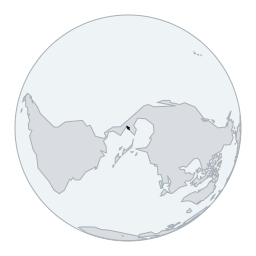 Cayo highlighted on a globe, orthographic projection, rotated 118°
{"feature_id": "BLZ-1324", "entity_name": "Cayo", "entity_type": "District", "adm_level": 1, "iso_a3": "BLZ", "parent_name": "Belize", "parent_adm1": "", "projection": "orthographic", "projection_center": [-88.805, 16.941], "detail": "fine", "context": "on_globe", "style": "filled", "palette": "ink", "viewbox_px": 256, "rotation_deg": 118, "n_neighbors": 0, "source": "natural_earth", "source_scale": "10m", "svg_char_len": 8572}
<svg xmlns="http://www.w3.org/2000/svg" viewBox="0 0 256 256"><g transform="rotate(118 128 128)"><circle cx="128" cy="128" r="113" fill="#eef3f6" stroke="#a8b0b8"/><path d="M148.5,144.3L145.9,143.3L143.4,146.7L134.1,141.7L130.5,135.2L100.9,124.3L97.6,120.8L97.2,115.2L86.1,96.3L91.5,113.8L87.4,110.3L83.9,103.9L85.6,102.5L83.0,93.4L79.1,89.8L78.0,78.6L84.0,65.4L85.4,67.6L86.6,64.5L85.0,61.7L83.6,60.7L85.7,48.7L81.4,42.3L76.6,43.2L80.3,40.9L68.9,45.1L64.4,45.0L71.6,43.4L74.0,42.0L71.9,40.9L73.9,39.3L74.1,38.0L76.6,36.3L80.7,35.8L82.4,34.8L80.8,34.2L82.4,32.3L84.4,33.4L87.4,30.4L94.7,29.9L98.0,35.4L104.1,34.9L113.1,40.4L114.4,38.9L118.6,40.5L121.7,39.5L122.5,41.2L124.2,39.0L122.9,37.8L123.2,36.5L124.9,35.9L126.2,37.7L125.5,38.3L126.8,38.6L126.7,39.8L127.7,38.9L129.1,41.4L130.2,38.1L133.4,39.5L133.7,41.4L130.4,42.2L122.8,49.7L122.0,52.5L124.3,55.3L135.3,58.2L135.8,61.1L138.9,64.3L140.1,62.1L138.2,58.8L141.2,55.8L138.4,52.6L139.2,51.0L137.7,47.6L141.5,47.1L145.9,48.7L147.4,51.6L149.4,52.5L150.9,49.2L156.4,54.5L164.7,58.1L165.8,59.8L162.7,63.6L155.5,64.6L151.4,70.8L157.6,66.0L160.1,70.9L162.0,71.5L163.9,70.9L164.4,68.9L166.0,70.6L160.5,75.6L158.9,74.1L160.7,72.5L157.3,73.1L153.6,77.2L155.2,79.6L148.0,84.1L149.0,86.0L148.0,88.3L146.8,84.8L148.7,91.4L140.5,99.6L142.9,111.5L136.7,102.6L132.1,101.8L126.7,102.2L127.0,104.2L119.4,103.0L113.1,107.3L111.6,116.8L114.8,124.1L123.2,124.2L125.3,120.0L131.2,118.9L127.8,130.1L138.2,131.1L137.6,139.3L140.8,143.4L145.8,142.0L151.1,143.6L154.6,138.6L160.3,135.4L160.7,142.0L163.6,135.7L167.0,138.5L178.1,136.7L177.4,138.3L186.8,144.6L196.4,146.1L198.6,150.3L197.5,153.4L200.7,153.5L200.7,155.4L212.7,155.0L218.2,157.7L217.6,164.1L212.2,172.8L205.5,188.7L195.2,195.8L191.4,201.8L181.3,211.1L175.3,211.6L175.8,215.0L171.4,217.7L167.1,218.4L165.3,221.0L162.1,221.4L163.5,222.7L156.9,226.3L157.2,228.4L152.0,231.0L152.3,232.1L150.8,232.2L149.0,232.8L148.3,233.4L144.5,232.7L145.0,230.0L147.5,228.4L145.6,228.3L151.1,223.9L148.5,225.0L151.6,218.3L156.4,212.2L161.9,193.7L160.0,190.1L152.1,186.2L142.7,171.9L145.7,165.4L143.4,162.5L150.7,152.8L148.5,144.3ZM30.0,105.3L30.7,102.7L31.0,104.6L30.0,105.3ZM30.6,100.9L30.5,101.8L30.5,101.0L30.6,100.9ZM30.3,100.2L30.6,100.7L30.2,100.4L30.3,100.2ZM29.8,99.6L30.1,99.9L29.8,99.6ZM142.8,115.6L154.7,120.4L148.3,121.7L149.4,120.5L146.3,118.4L140.7,116.6L135.0,118.2L142.8,115.6ZM29.4,97.9L29.3,97.4L29.7,97.4L29.4,97.9ZM147.2,108.6L145.2,108.3L147.1,108.1L147.2,108.6ZM82.6,60.5L84.7,61.9L85.5,65.2L83.5,64.2L82.6,60.5ZM81.5,54.8L83.0,54.8L81.5,57.8L81.1,56.8L81.5,54.8ZM72.7,44.4L74.0,44.9L72.1,45.0L72.7,44.4ZM73.6,38.1L72.6,38.5L73.1,37.7L73.6,38.1ZM135.8,48.1L136.7,47.8L136.5,48.6L135.8,48.1ZM134.2,46.9L133.3,48.0L132.4,47.6L133.0,46.9L134.2,46.9ZM77.5,34.4L78.6,33.1L78.2,34.3L77.5,34.4ZM135.5,45.7L130.9,46.8L129.4,46.2L130.4,43.2L135.5,45.7ZM79.7,32.3L82.4,29.5L80.4,30.1L87.6,27.2L82.9,30.3L82.7,31.6L81.5,31.5L79.7,32.3ZM121.7,37.7L123.2,39.0L120.4,38.5L121.7,37.7ZM119.9,37.7L110.9,38.6L109.6,36.7L112.8,36.6L109.9,34.7L113.6,33.2L116.1,33.9L116.2,35.5L117.6,33.8L119.9,37.7ZM91.1,26.2L92.4,25.6L91.8,26.2L91.1,26.2ZM123.1,36.0L121.4,36.2L120.1,34.5L123.3,33.6L122.7,34.4L123.1,36.0ZM107.2,35.1L106.8,33.7L109.8,32.1L110.0,31.5L113.6,33.0L107.2,35.1ZM123.8,34.5L124.9,33.3L127.1,33.6L124.7,35.6L123.8,34.5ZM118.5,34.4L118.0,33.6L119.3,33.7L118.5,34.4ZM135.2,34.5L133.2,34.6L132.4,33.7L135.2,34.5ZM125.2,32.8L124.5,32.7L123.9,32.4L125.1,31.7L125.2,32.8ZM115.4,31.9L116.7,31.6L114.1,31.1L116.2,30.1L118.2,31.4L118.2,30.4L118.9,30.1L119.8,31.6L115.4,31.9ZM124.5,30.2L127.8,31.8L131.7,31.6L132.6,32.4L126.1,32.6L124.5,30.2ZM121.7,30.8L123.6,30.6L123.7,31.6L122.4,32.4L121.7,30.8ZM116.9,29.0L113.2,30.2L112.9,29.9L116.9,29.0ZM125.7,29.9L124.8,29.5L125.9,29.8L125.7,29.9ZM119.6,29.0L118.3,29.4L118.0,29.0L119.6,29.0ZM124.3,28.5L125.3,29.0L124.5,29.5L124.3,28.5ZM122.1,28.6L122.0,28.0L123.6,29.4L121.6,28.8L122.1,28.6ZM119.5,28.6L118.9,28.5L120.1,28.4L119.5,28.6ZM126.9,26.5L129.1,28.2L127.2,29.2L125.4,27.4L126.9,26.5ZM150.4,234.3L144.6,233.1L148.1,233.6L151.6,232.3L154.2,233.3L150.4,234.3ZM160.2,230.7L163.6,229.7L164.1,229.9L161.9,230.7L160.2,230.7ZM207.0,47.7L204.9,46.1L207.3,48.4L209.4,50.1L212.4,53.4L211.6,52.5L207.8,49.5L210.2,53.6L218.2,65.2L218.6,67.8L216.7,68.0L208.9,58.9L208.9,54.2L206.2,51.4L202.0,49.3L202.3,48.2L200.6,46.9L200.2,45.3L195.5,40.6L194.5,39.0L188.7,35.2L187.3,34.0L191.2,36.5L193.2,37.6L190.2,34.3L188.4,33.1L184.9,31.1L184.5,30.6L181.4,29.1L177.7,27.0L179.7,28.5L175.6,26.7L171.2,24.6L170.3,24.4L177.4,27.9L179.9,29.1L181.6,29.7L188.8,33.9L190.7,35.5L184.5,32.5L186.5,34.7L180.8,31.9L165.0,23.4L160.4,21.2L161.1,20.4L164.5,21.5L165.9,22.2L168.3,22.8L166.3,22.1L166.0,22.0L162.0,20.6L161.5,20.5L158.5,19.6L157.5,19.3L159.4,19.8L166.9,22.3L174.3,25.3L181.5,28.9L188.3,32.9L194.9,37.4L201.1,42.3L207.0,47.7ZM142.3,16.3L139.9,16.0L138.9,15.9L142.3,16.3ZM138.1,15.8L137.5,15.8L137.4,15.8L138.1,15.8ZM133.9,15.5L122.5,15.9L117.3,16.1L118.4,15.8L109.4,17.1L104.1,18.0L104.9,17.9L101.1,18.9L102.7,18.6L102.8,18.7L93.8,22.1L90.9,23.1L87.9,25.2L88.3,25.3L90.3,24.6L87.6,27.2L80.4,30.1L79.8,29.7L75.7,32.1L75.0,31.1L72.5,31.7L74.1,29.8L72.0,30.7L70.6,31.6L66.7,33.7L64.3,35.1L68.0,32.7L72.2,30.2L78.3,28.0L76.3,28.4L78.6,27.3L79.0,26.9L77.4,27.4L76.1,28.1L78.5,26.8L86.0,23.5L93.7,20.7L101.5,18.5L109.5,16.9L117.6,15.8L125.8,15.4L133.9,15.5ZM239.9,115.2L239.9,115.4L238.9,125.0L237.0,122.4L231.1,110.8L230.2,103.8L227.3,97.3L218.7,68.3L219.9,67.5L216.6,58.9L220.4,63.7L220.6,63.9L224.9,70.6L228.7,77.5L232.0,84.7L234.8,92.1L237.0,99.6L238.7,107.3L239.9,115.2ZM225.2,80.9L226.3,82.9L226.3,83.0L225.2,80.9ZM178.5,136.6L179.8,137.7L178.1,138.0L178.5,136.6ZM147.6,124.5L150.1,124.5L151.4,125.4L149.6,125.9L147.6,124.5ZM167.5,122.7L170.2,122.9L167.5,123.8L167.5,122.7ZM156.5,121.0L165.4,122.7L160.1,125.3L154.5,124.3L158.3,123.3L156.5,121.0ZM146.5,112.5L148.0,112.9L147.7,114.2L146.5,112.5ZM148.6,108.5L148.0,108.7L147.2,107.7L148.6,108.5ZM160.4,70.6L160.9,70.2L163.0,70.1L162.2,71.0L160.4,70.6ZM170.8,65.1L173.2,67.9L171.0,66.4L170.4,68.1L165.1,67.2L166.0,60.6L166.5,63.6L170.8,65.1ZM158.2,64.7L161.5,65.7L157.9,64.9L158.2,64.7ZM191.6,42.5L192.9,42.5L195.0,44.2L196.3,47.2L193.2,44.6L191.6,42.5ZM194.1,42.2L187.5,38.9L186.5,37.2L188.2,38.7L188.1,37.9L190.9,40.1L196.2,42.1L198.4,43.8L199.6,47.8L198.0,45.4L196.9,45.4L194.1,42.2ZM172.8,36.4L170.0,35.7L171.3,32.8L173.8,33.8L175.3,36.5L173.2,37.0L172.8,36.4ZM138.2,40.7L137.0,41.2L136.6,40.6L137.3,39.7L138.2,40.7ZM134.4,34.7L142.9,38.1L142.0,38.8L148.1,40.4L148.0,42.9L144.1,41.7L148.6,45.1L145.1,45.0L148.4,47.2L139.6,44.2L136.6,44.6L140.0,43.2L140.1,40.8L139.2,39.9L134.5,37.6L128.1,37.5L127.2,35.4L128.2,34.0L129.6,33.7L129.8,35.1L131.6,33.7L132.9,35.5L134.4,34.7ZM141.2,22.7L140.8,23.7L144.6,22.6L145.9,23.9L146.3,23.7L148.5,24.6L151.9,25.5L152.0,26.1L153.3,26.2L154.8,27.0L156.5,27.4L157.4,28.7L159.6,29.4L158.7,29.7L162.3,30.6L160.0,30.6L161.8,31.7L163.1,31.1L163.3,38.9L165.2,42.7L168.0,46.1L163.7,46.0L158.2,43.1L152.9,39.1L151.8,35.7L150.0,36.5L148.9,35.1L150.8,35.1L147.3,34.4L146.9,33.3L142.2,30.8L137.4,30.8L135.6,30.0L137.2,29.5L134.2,29.1L136.1,27.6L134.9,27.1L135.5,25.3L139.4,24.8L137.7,24.3L138.1,23.1L141.2,22.7ZM127.2,25.9L131.7,24.7L134.6,24.9L132.3,28.1L133.2,28.8L131.9,31.1L127.7,30.9L128.5,30.2L128.2,29.5L129.6,29.9L128.3,29.1L129.3,28.2L128.6,27.4L130.3,27.1L127.2,25.9ZM215.5,57.1L214.9,56.4L214.6,56.0L214.0,55.2L215.5,57.1ZM212.4,54.4L211.9,53.6L214.4,56.2L214.6,56.7L212.4,54.4ZM209.5,51.1L211.7,53.3L210.7,52.4L209.5,51.1ZM190.4,35.8L189.6,35.0L190.3,35.4L191.8,36.4L190.4,35.8ZM152.7,21.0L152.0,21.3L151.3,21.1L148.0,21.1L146.7,20.3L148.2,20.1L152.7,21.0ZM150.8,20.2L149.6,20.3L149.7,19.9L150.8,20.2ZM145.6,19.8L145.5,19.4L146.2,20.2L145.6,19.8ZM138.5,16.2L144.5,16.8L147.9,17.2L148.6,17.3L150.2,17.7L144.9,17.0L138.5,16.2ZM124.6,15.8L124.1,16.1L122.6,16.1L124.6,15.8ZM125.5,16.0L128.0,16.3L126.6,16.5L124.9,16.2L125.5,16.0ZM139.6,17.6L141.5,17.8L141.3,18.0L139.6,17.6ZM91.5,25.6L92.3,25.6L91.0,26.0L91.5,25.6ZM103.8,18.6L103.7,18.7L102.2,19.1L103.8,18.6ZM102.7,19.5L104.4,19.0L103.0,19.6L102.7,19.5ZM108.2,18.0L105.3,18.8L107.5,18.0L108.2,18.0Z" fill="#d9dde1" stroke="#a8b0b8" stroke-width="1"/><path d="M127.3,129.1L127.3,128.9L127.3,128.3L127.4,127.8L127.4,127.3L127.4,127.2L127.5,127.2L127.8,127.1L128.0,127.1L128.3,127.0L128.4,126.9L128.4,127.0L128.4,127.4L128.5,127.5L128.4,127.6L128.4,127.8L128.3,128.0L128.2,128.2L128.2,128.3L128.1,128.5L127.9,128.7L127.8,128.8L127.7,128.8L127.4,128.9L127.4,129.0L127.3,129.1Z" fill="#0f172a" stroke="#020617" stroke-width="1.5"/></g></svg>